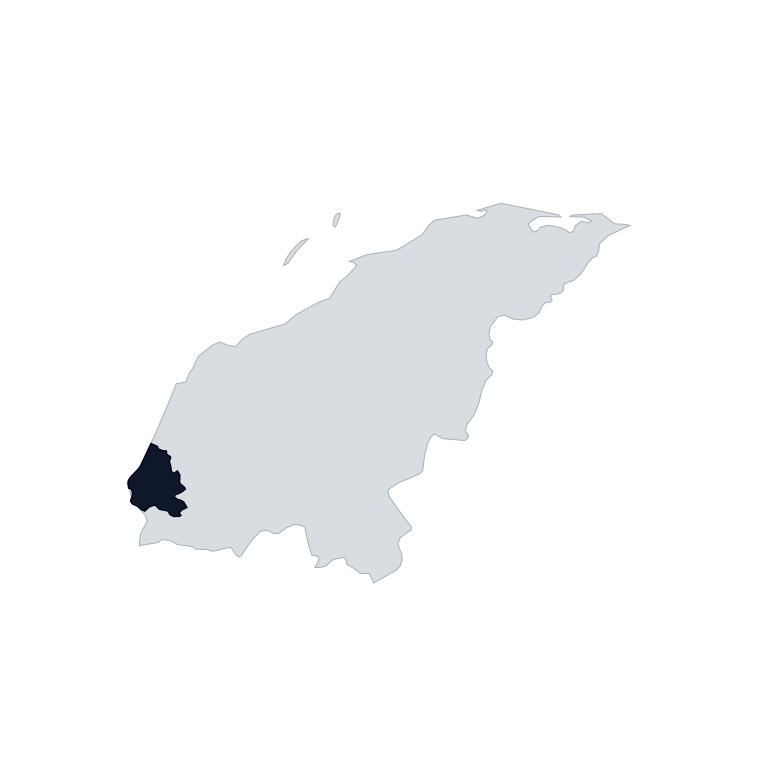 location of Copán within Honduras, rotated 333°
{"feature_id": "HND-651", "entity_name": "Copán", "entity_type": "Department", "adm_level": 1, "iso_a3": "HND", "parent_name": "Honduras", "parent_adm1": "", "projection": "orthographic", "projection_center": [-88.847, 14.9], "detail": "fine", "context": "in_parent", "style": "filled", "palette": "ink", "viewbox_px": 768, "rotation_deg": 333, "n_neighbors": 0, "source": "natural_earth", "source_scale": "10m", "svg_char_len": 4095}
<svg xmlns="http://www.w3.org/2000/svg" viewBox="0 0 768 768"><g transform="rotate(333 384 384)"><path d="M675.3,354.4L651.2,353.5L639.9,356.8L635.0,363.7L630.8,366.8L627.2,366.2L620.1,369.0L609.3,375.3L599.5,377.8L590.7,376.5L588.2,378.0L587.5,380.0L586.2,382.0L582.9,383.1L578.9,382.6L574.5,380.6L572.2,381.5L572.0,385.5L569.7,386.6L565.1,384.8L560.1,386.3L554.6,391.1L546.7,392.3L536.5,389.8L528.5,384.8L522.8,377.4L516.1,375.7L504.5,381.5L499.7,388.0L498.7,392.0L499.9,395.6L497.8,398.1L492.4,399.4L488.3,403.9L485.6,411.5L485.1,417.5L486.9,421.6L484.2,424.7L477.1,426.8L468.8,433.5L459.2,444.8L449.6,452.8L440.1,457.4L435.5,462.4L435.9,467.8L435.3,469.5L433.5,470.2L430.3,471.0L411.6,459.4L406.2,451.3L401.6,452.6L395.8,456.8L387.7,466.2L379.0,478.9L374.7,480.3L352.7,478.7L341.0,479.9L338.7,481.6L337.6,486.2L338.3,492.4L341.7,514.6L343.6,523.7L341.8,526.5L335.9,527.0L328.2,528.4L324.0,532.6L323.0,536.9L322.7,542.9L320.3,549.1L315.5,553.6L310.8,555.3L284.5,556.7L284.9,546.4L277.2,542.3L272.9,533.8L269.0,528.0L270.3,524.5L269.9,520.4L259.2,517.3L249.1,519.8L243.3,518.2L239.1,516.1L246.4,510.9L246.9,507.9L244.5,505.6L242.1,504.2L242.8,498.4L244.2,491.6L248.3,475.8L246.7,473.0L240.0,468.3L231.5,467.9L222.2,469.4L217.7,467.0L213.7,461.5L207.0,459.0L195.2,463.3L182.7,469.9L178.9,472.3L175.7,472.0L174.3,467.1L173.7,461.3L172.9,459.9L166.2,457.8L158.4,456.3L154.5,454.7L150.7,450.8L141.4,445.7L139.3,441.9L126.9,433.2L124.4,428.9L121.5,425.8L115.5,421.8L110.8,422.7L95.1,417.7L92.7,417.3L94.9,412.9L99.9,406.2L110.7,398.7L111.6,392.7L108.8,381.0L106.0,373.5L107.5,370.2L110.9,356.6L113.5,353.5L129.2,346.6L130.6,345.7L142.9,336.1L156.6,325.4L170.7,313.7L186.5,300.5L195.2,292.8L199.3,289.5L208.4,292.2L215.5,285.9L219.7,283.9L229.3,276.4L232.3,274.7L248.5,271.6L256.3,271.7L263.2,279.2L268.7,283.2L278.9,279.6L287.5,278.8L323.0,285.5L337.0,282.3L362.8,281.4L374.5,283.0L390.8,272.9L401.3,270.8L413.6,266.0L411.8,261.2L408.8,259.1L427.7,261.0L455.9,270.6L485.8,268.3L496.5,262.7L503.4,261.0L534.2,270.8L542.4,278.6L548.7,279.3L553.6,277.4L554.8,275.7L548.8,274.1L546.0,271.6L570.2,276.0L616.4,312.6L617.5,315.6L597.8,304.9L587.6,306.0L584.9,307.9L585.6,313.9L586.7,316.7L591.1,317.0L594.3,315.3L602.3,317.1L607.7,321.0L614.3,327.0L618.3,333.6L622.5,333.6L626.5,329.5L634.2,328.8L639.3,333.2L642.9,332.9L637.8,326.0L625.9,319.3L628.7,319.0L654.9,330.8L662.6,346.3L668.8,349.7L675.3,354.4ZM367.9,225.2L353.0,232.9L348.3,232.8L355.1,226.9L366.1,221.7L375.4,219.1L383.1,220.1L367.9,225.2ZM418.9,216.4L411.9,222.2L410.6,219.6L413.9,214.4L418.2,211.3L422.3,211.6L421.4,213.9L418.9,216.4Z" fill="#d9dde1" stroke="#a8b0b8" stroke-width="1"/><path d="M113.1,353.6L113.7,353.1L116.6,351.6L126.2,348.4L129.4,346.8L141.3,337.6L149.4,331.3L149.7,331.7L153.6,336.6L153.7,337.4L153.6,338.0L153.4,339.4L155.1,341.4L157.1,343.4L158.6,344.1L159.4,344.7L159.6,345.1L159.7,345.4L158.5,346.9L159.1,349.4L159.5,349.9L160.3,351.0L160.5,351.6L160.5,352.3L160.3,353.0L158.0,355.0L157.2,356.9L157.1,358.6L156.1,362.0L154.9,365.1L155.1,366.0L155.4,366.5L155.6,367.1L155.8,367.6L156.5,368.0L157.0,368.2L160.3,367.6L160.8,370.6L160.5,373.2L159.2,374.2L159.4,375.2L159.2,375.6L158.5,376.5L158.0,377.0L157.6,377.7L157.4,378.5L157.2,379.8L157.3,381.2L158.0,382.3L158.9,384.5L159.3,386.2L159.4,386.8L159.3,387.4L158.6,387.5L155.9,388.2L152.5,388.5L147.8,387.9L146.4,388.4L146.2,389.8L146.3,390.2L147.3,392.7L150.2,395.5L150.9,396.5L152.0,398.5L152.3,404.4L150.0,404.6L148.2,404.3L147.5,404.3L146.6,404.4L145.7,404.7L144.1,405.3L143.4,405.7L143.1,406.5L143.1,407.7L143.2,408.1L143.4,408.4L143.5,408.7L143.2,408.9L142.3,409.1L141.1,408.9L140.0,408.0L138.7,407.6L137.0,406.9L135.4,405.2L134.1,403.2L134.0,402.5L134.0,399.9L133.4,398.6L127.4,394.0L126.6,392.6L125.9,389.7L124.5,387.7L118.9,386.9L117.6,387.3L114.6,388.2L113.1,388.6L112.7,388.0L111.9,387.2L110.9,385.9L109.1,381.6L108.2,380.1L106.3,377.8L105.5,376.6L105.1,375.2L105.1,373.4L105.9,372.3L108.2,370.2L109.1,368.9L109.9,367.9L111.0,365.2L111.0,362.6L109.2,360.9L110.7,356.4L111.8,354.6L113.1,353.6Z" fill="#0f172a" stroke="#020617" stroke-width="1.5"/></g></svg>